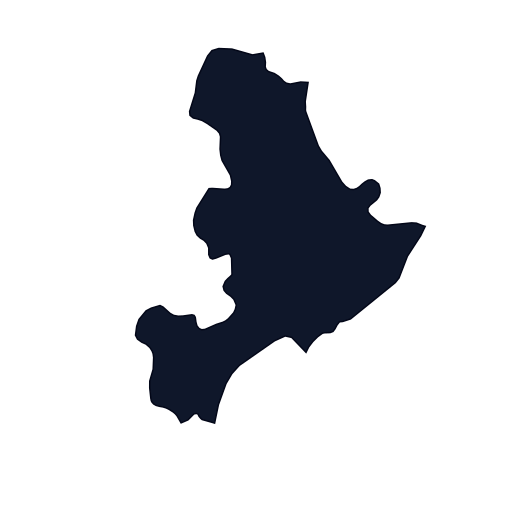 Béjaïa, Natural Earth projection, rotated 118°
{"feature_id": "DZA-2208", "entity_name": "Béjaïa", "entity_type": "Province", "adm_level": 1, "iso_a3": "DZA", "parent_name": "Algeria", "parent_adm1": "", "projection": "natural_earth1", "projection_center": [4.914, 36.56], "detail": "fine", "context": "isolated", "style": "filled", "palette": "ink", "viewbox_px": 512, "rotation_deg": 118, "n_neighbors": 0, "source": "natural_earth", "source_scale": "10m", "svg_char_len": 2456}
<svg xmlns="http://www.w3.org/2000/svg" viewBox="0 0 512 512"><g transform="rotate(118 256 256)"><path d="M150.4,120.5L160.7,120.1L185.1,122.2L208.3,119.4L214.1,120.5L267.2,143.0L273.1,148.7L274.9,151.4L278.8,152.1L283.3,152.1L286.5,152.6L288.8,154.6L291.7,159.6L293.0,161.1L298.4,163.7L304.9,165.7L311.6,166.8L317.6,166.6L311.1,186.3L312.9,192.7L322.1,199.8L360.4,219.4L371.2,222.1L382.7,222.6L404.9,219.4L423.0,214.1L423.4,216.3L425.7,226.8L425.3,228.5L424.3,231.0L422.8,233.0L423.0,234.8L424.6,236.7L432.6,239.1L438.5,243.8L434.1,250.8L433.2,253.1L432.6,255.7L432.2,261.1L432.3,263.9L432.9,267.2L434.0,270.5L434.8,274.0L434.7,276.9L433.8,279.3L432.9,280.5L431.1,282.0L422.4,287.9L416.3,291.1L404.3,293.6L393.7,298.7L390.5,301.0L388.6,303.2L386.6,306.7L385.4,311.8L385.7,316.4L385.0,321.6L382.5,325.2L374.0,328.4L366.9,329.5L356.0,327.3L351.2,324.0L344.8,317.5L344.7,314.1L347.0,305.0L347.1,300.8L345.7,296.4L343.3,292.3L338.0,285.0L337.5,282.8L338.4,281.2L339.1,280.5L342.5,278.1L345.4,275.4L346.8,272.2L346.6,269.3L344.7,266.5L334.9,258.8L330.1,254.1L327.6,252.3L324.4,250.9L316.6,249.0L312.8,249.2L308.5,250.4L304.6,255.2L303.3,259.4L302.7,264.4L301.3,268.0L298.3,270.7L292.8,271.2L289.1,270.2L286.2,269.1L284.5,268.6L283.6,268.5L269.3,276.6L267.2,279.2L266.7,280.1L266.7,280.9L267.4,282.0L268.8,283.9L276.5,290.3L279.1,293.0L279.2,295.6L277.0,298.3L271.0,301.5L267.8,305.4L266.5,309.4L266.3,313.5L265.2,317.7L262.8,321.2L258.3,325.2L253.7,327.9L246.6,329.9L241.4,330.7L218.6,329.1L217.3,327.0L216.7,325.9L211.8,314.9L209.9,312.3L207.6,310.9L204.7,310.9L201.3,312.5L196.5,316.6L187.6,330.7L183.6,334.4L178.5,337.9L167.3,343.3L164.7,345.8L163.2,349.6L161.8,361.5L161.6,367.1L162.4,371.7L163.6,376.2L162.8,380.3L159.5,382.5L140.5,386.1L129.0,390.5L124.0,391.4L102.1,392.6L95.3,391.3L90.3,386.3L84.6,374.4L80.1,353.5L73.5,345.0L76.5,341.6L80.6,338.6L84.7,336.7L86.6,334.6L87.3,331.6L86.3,325.5L86.7,320.6L87.7,316.5L88.8,313.7L89.2,310.4L88.1,306.5L81.4,298.2L78.3,291.5L96.5,285.1L101.1,282.3L104.1,280.8L105.3,279.8L129.6,252.7L132.8,247.5L137.3,236.3L150.5,215.0L152.5,209.6L153.0,204.3L151.4,200.9L149.0,198.6L146.1,197.1L142.8,196.0L139.4,194.5L136.3,192.5L134.2,189.4L133.9,186.7L134.9,181.5L138.0,178.4L141.8,176.1L146.2,175.4L149.8,175.9L157.7,179.2L161.2,179.7L164.5,177.8L166.3,174.1L168.3,165.1L168.8,160.9L168.4,157.4L167.1,154.3L153.7,134.2L151.7,129.8L151.0,123.3L150.4,120.5Z" fill="#0f172a" stroke="#020617" stroke-width="1.5"/></g></svg>